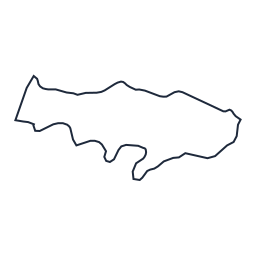 SVG path tracing the border of Val-d'Oise
{"feature_id": "FRA-5349", "entity_name": "Val-d'Oise", "entity_type": "Metropolitan department", "adm_level": 1, "iso_a3": "FRA", "parent_name": "France", "parent_adm1": "", "projection": "equal_earth", "projection_center": [2.084, 49.057], "detail": "fine", "context": "isolated", "style": "outline", "palette": "slate", "viewbox_px": 256, "rotation_deg": 0, "n_neighbors": 0, "source": "natural_earth", "source_scale": "10m", "svg_char_len": 1213}
<svg xmlns="http://www.w3.org/2000/svg" viewBox="0 0 256 256"><path d="M178.9,157.4L173.2,157.9L163.8,161.4L157.9,166.4L154.3,168.6L150.2,169.6L147.2,171.0L142.3,177.7L139.7,180.0L133.5,179.0L132.7,171.6L136.1,163.3L143.2,158.6L144.5,156.9L145.7,154.5L146.1,152.2L145.7,149.4L144.7,148.3L143.2,147.9L138.2,145.8L126.1,144.9L121.3,146.4L118.5,150.0L114.0,159.3L109.9,162.0L106.2,160.9L104.3,156.9L106.0,151.2L101.9,144.5L99.1,142.1L94.8,140.8L90.4,140.8L76.4,145.4L73.0,139.5L70.3,128.2L69.3,126.5L67.2,124.7L62.9,123.2L58.1,123.2L53.3,124.3L39.7,131.0L35.2,130.8L33.4,125.4L33.9,124.3L28.2,122.1L23.2,121.5L15.4,120.2L26.7,87.9L33.7,76.0L37.1,78.8L37.8,80.9L38.5,84.1L40.1,86.4L42.9,88.3L45.6,89.0L48.2,89.4L55.7,89.4L66.6,92.5L73.4,93.3L77.5,94.8L85.7,92.9L96.7,92.7L101.3,91.9L104.7,90.4L114.7,84.1L117.6,82.6L121.0,81.6L123.2,82.0L125.0,83.3L126.7,85.0L129.7,86.9L135.7,89.7L139.3,89.5L144.9,90.6L159.8,96.2L163.4,96.7L166.5,96.6L174.5,92.2L178.7,91.3L182.5,92.2L223.3,111.3L225.5,111.4L229.5,109.7L231.3,110.5L232.6,112.0L233.6,113.7L235.7,116.2L240.6,119.6L238.0,124.7L236.7,136.1L233.6,142.0L227.1,145.4L215.1,156.1L207.5,158.2L185.3,153.2L178.9,157.4Z" fill="none" stroke="#1e293b" stroke-width="2"/></svg>